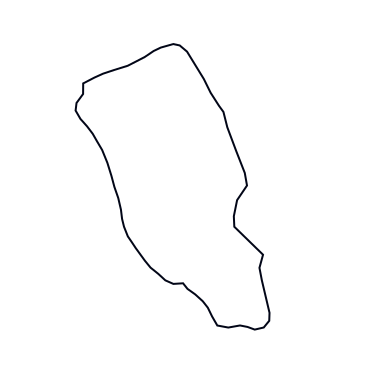 Ilha de Itamaracá, Pernambuco, Brazil, rotated 144°
{"feature_id": "56859067B34111025481617", "entity_name": "Ilha de Itamaracá", "entity_type": "district", "adm_level": 2, "iso_a3": "BRA", "parent_name": "Brazil", "parent_adm1": "Pernambuco", "projection": "mercator", "projection_center": [-34.849, -7.752], "detail": "fine", "context": "isolated", "style": "outline", "palette": "ink", "viewbox_px": 384, "rotation_deg": 144, "n_neighbors": 0, "source": "geoboundaries", "source_scale": "gbopen_adm2", "svg_char_len": 919}
<svg xmlns="http://www.w3.org/2000/svg" viewBox="0 0 384 384"><g transform="rotate(144 192 192)"><path d="M171.4,99.5L178.2,139.0L172.4,147.8L160.3,158.9L143.7,164.9L138.1,176.4L132.2,199.0L125.4,223.6L119.5,238.3L119.5,245.9L118.6,261.3L116.0,276.5L113.5,308.5L115.8,317.8L120.2,322.7L132.4,327.2L140.1,328.6L151.0,329.0L169.8,331.9L183.1,336.4L194.4,340.0L203.6,341.9L216.2,343.8L222.5,335.3L233.1,331.9L238.3,326.3L239.3,316.7L238.3,306.8L238.1,297.4L239.0,289.3L240.0,278.8L243.3,265.4L247.7,252.4L251.8,241.7L255.2,230.5L259.9,219.4L264.4,211.3L267.4,203.9L270.0,193.8L270.2,186.7L270.5,179.8L270.5,171.5L270.5,164.1L270.0,155.2L267.4,145.6L265.5,136.2L261.1,128.6L252.9,123.4L252.6,116.3L249.6,107.3L247.5,97.3L247.2,89.1L248.9,79.5L250.0,69.1L242.3,61.0L231.6,55.8L226.4,50.2L222.1,43.8L213.6,40.2L205.2,42.4L200.3,48.7L187.4,79.5L182.0,91.0L171.4,99.5Z" fill="none" stroke="#020617" stroke-width="2"/></g></svg>